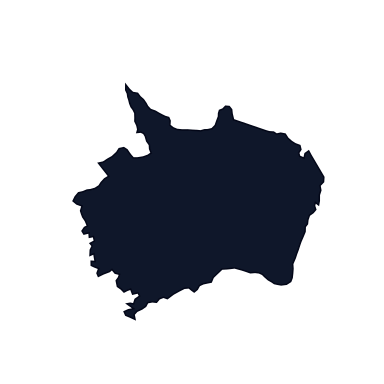 Vargem Bonita, Santa Catarina, Brazil (Mercator projection), rotated 242°
{"feature_id": "56859067B32510958714119", "entity_name": "Vargem Bonita", "entity_type": "district", "adm_level": 2, "iso_a3": "BRA", "parent_name": "Brazil", "parent_adm1": "Santa Catarina", "projection": "mercator", "projection_center": [-51.749, -26.945], "detail": "fine", "context": "isolated", "style": "filled", "palette": "ink", "viewbox_px": 384, "rotation_deg": 242, "n_neighbors": 0, "source": "geoboundaries", "source_scale": "gbopen_adm2", "svg_char_len": 2751}
<svg xmlns="http://www.w3.org/2000/svg" viewBox="0 0 384 384"><g transform="rotate(242 192 192)"><path d="M209.2,76.6L205.6,76.8L204.3,81.9L200.2,80.1L199.0,84.1L194.5,82.8L194.5,77.9L191.2,78.6L188.6,75.0L183.9,72.2L183.6,76.4L179.6,75.0L176.1,73.9L178.2,70.5L174.5,68.6L171.7,70.7L168.2,73.7L164.9,70.0L161.5,69.7L161.3,75.5L160.5,81.8L161.2,85.0L156.4,86.0L153.3,89.4L151.0,87.0L149.3,83.5L143.6,81.8L139.7,83.8L135.6,85.0L135.6,88.4L135.1,92.3L129.7,91.6L128.3,97.0L124.7,96.9L124.0,91.4L120.6,87.9L122.8,85.2L123.8,82.1L119.8,84.1L116.3,85.7L117.9,80.6L118.2,75.9L114.3,75.6L110.9,78.4L106.3,81.9L111.0,83.3L112.5,87.4L112.2,93.0L112.8,97.5L115.1,100.9L113.7,105.4L111.3,108.9L113.0,113.0L112.5,117.4L109.4,120.2L110.6,127.7L110.7,134.3L110.6,140.1L108.8,144.3L105.6,145.6L102.7,147.0L103.5,150.9L105.9,154.6L105.7,158.8L104.7,162.4L103.4,166.7L106.6,170.6L107.9,175.1L108.9,178.8L109.9,182.3L107.9,186.6L106.3,190.5L105.0,194.0L102.4,196.7L100.0,199.3L97.0,202.2L93.3,205.6L91.4,210.0L89.1,213.3L86.2,215.5L83.2,216.4L78.7,218.1L75.2,220.3L72.5,221.7L70.3,224.3L68.1,227.1L66.2,232.1L66.6,237.1L69.2,240.1L73.0,242.7L76.8,245.1L81.2,247.1L85.3,252.2L88.3,255.3L91.2,258.6L94.6,262.1L97.1,264.8L100.2,268.7L103.9,273.2L108.1,275.6L109.6,278.9L113.0,281.2L116.3,284.7L116.9,289.3L118.4,293.0L122.3,293.7L124.9,296.0L121.2,297.7L124.4,300.2L129.6,303.0L133.0,306.5L137.6,308.0L139.2,312.9L143.3,315.4L168.8,314.3L173.5,314.3L172.9,309.9L169.3,306.8L173.0,303.8L176.5,304.6L178.4,308.1L182.4,309.1L186.1,305.8L189.8,303.7L194.5,301.9L199.4,301.5L202.3,297.9L203.4,293.9L206.6,292.2L208.8,288.6L211.1,286.2L236.3,262.6L242.2,264.1L246.2,265.7L250.0,265.0L252.0,261.9L250.8,258.2L251.2,254.6L249.0,252.4L246.2,250.8L243.4,247.6L239.9,243.8L238.5,239.3L239.6,235.2L241.1,232.1L241.9,228.3L243.9,225.3L246.1,221.6L248.7,217.5L251.4,212.4L254.3,208.1L257.5,205.5L261.4,203.8L265.2,206.1L268.7,206.4L271.2,203.8L274.1,201.7L277.2,199.6L280.5,197.6L284.4,194.1L288.5,193.0L291.9,193.0L296.3,192.5L300.6,190.9L304.7,190.3L307.7,186.4L312.2,184.9L317.8,183.9L313.2,181.4L309.3,181.2L306.0,180.0L302.9,179.5L299.4,178.6L295.7,178.2L292.5,178.7L288.5,178.6L284.1,176.4L281.3,174.8L276.7,174.6L272.7,173.5L270.4,171.3L268.9,175.0L266.4,176.8L263.3,177.0L258.2,175.9L253.6,176.5L249.9,174.8L245.6,174.3L245.1,170.4L245.8,165.4L247.7,159.8L249.6,156.2L252.8,155.4L255.9,154.9L259.8,154.5L263.2,152.6L264.5,148.0L262.3,144.1L260.7,138.1L260.6,133.2L260.1,127.7L261.4,123.0L245.0,125.9L244.7,121.0L243.0,116.2L241.1,112.8L240.7,108.1L241.7,103.4L243.0,100.2L243.4,95.8L244.6,91.4L242.7,86.7L239.9,82.8L235.5,84.6L231.3,88.4L227.7,84.8L224.3,84.2L221.2,83.8L216.7,84.3L211.1,83.8L211.2,80.4L209.2,76.6Z" fill="#0f172a" stroke="#020617" stroke-width="1.5"/></g></svg>